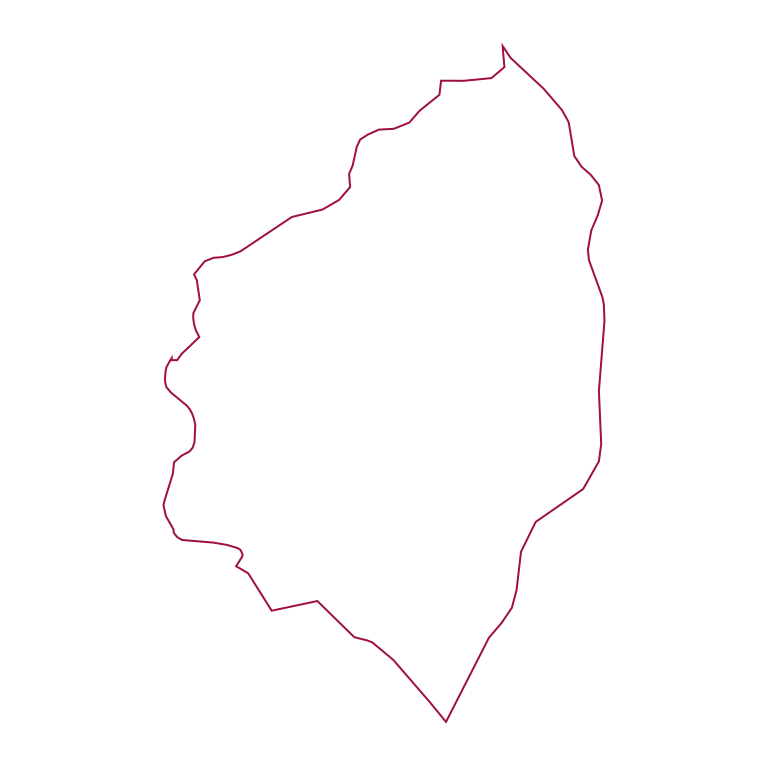 the Department of Atlántico
{"feature_id": "COL-1412", "entity_name": "Atlántico", "entity_type": "Department", "adm_level": 1, "iso_a3": "COL", "parent_name": "Colombia", "parent_adm1": "", "projection": "mercator", "projection_center": [-75.051, 10.678], "detail": "fine", "context": "isolated", "style": "outline", "palette": "rose", "viewbox_px": 768, "rotation_deg": 0, "n_neighbors": 0, "source": "natural_earth", "source_scale": "10m", "svg_char_len": 1390}
<svg xmlns="http://www.w3.org/2000/svg" viewBox="0 0 768 768"><path d="M171.7,358.0L171.7,360.1L177.2,360.1L181.9,353.6L199.3,337.1L195.9,330.4L194.1,324.5L193.2,317.9L193.3,313.5L193.3,313.3L199.8,300.2L196.8,280.1L194.0,274.4L204.6,261.4L213.4,257.8L222.6,257.1L231.7,254.8L240.5,251.3L291.8,217.0L322.6,209.5L339.1,199.9L350.1,187.1L349.1,173.9L352.6,165.7L356.8,146.8L360.1,139.6L367.8,134.6L378.9,129.6L393.8,128.8L409.3,122.6L419.7,110.6L439.4,94.8L441.1,80.7L463.8,80.8L491.4,78.1L504.4,67.1L503.1,52.0L502.7,46.1L510.7,58.0L543.7,88.8L562.0,110.1L568.7,122.3L574.3,156.0L581.7,166.9L590.8,174.9L598.9,185.1L602.1,200.6L597.8,215.1L591.2,230.7L587.9,249.6L588.9,260.0L602.4,297.1L603.8,304.1L604.5,320.7L598.9,391.0L601.2,443.9L598.9,461.3L583.2,489.0L535.7,521.9L521.0,551.8L516.6,589.8L511.9,607.7L501.9,622.5L489.0,637.6L446.0,721.9L429.6,701.9L393.3,659.9L372.3,642.4L367.2,640.4L354.3,637.2L317.3,601.0L271.7,610.7L248.2,573.3L236.1,566.2L242.6,556.0L242.3,553.7L240.5,549.9L237.6,548.1L227.3,545.0L213.4,542.6L182.0,540.0L177.0,536.9L173.7,532.6L173.5,529.4L165.8,515.9L163.5,505.2L164.4,501.1L172.9,473.6L174.0,462.3L181.7,455.6L189.5,451.5L192.7,447.7L194.5,442.2L195.3,424.8L193.9,418.6L191.9,413.1L189.8,409.4L187.0,405.8L171.1,392.7L166.4,387.2L165.2,382.4L165.0,377.8L165.7,370.5L166.5,367.0L170.9,359.2L171.7,358.0Z" fill="none" stroke="#9f1239" stroke-width="2"/></svg>